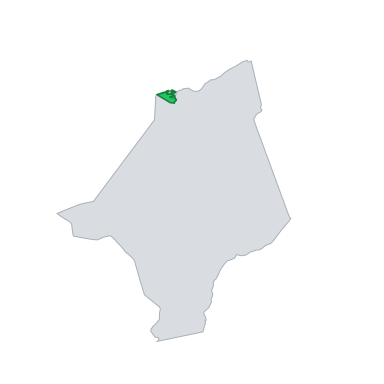 Lamu East, Coast, Kenya (highlighted), rotated 217°
{"feature_id": "3690345B14280875758697", "entity_name": "Lamu East", "entity_type": "district", "adm_level": 2, "iso_a3": "KEN", "parent_name": "Kenya", "parent_adm1": "Coast", "projection": "natural_earth1", "projection_center": [41.091, -1.907], "detail": "fine", "context": "in_parent", "style": "filled", "palette": "green", "viewbox_px": 384, "rotation_deg": 217, "n_neighbors": 0, "source": "geoboundaries", "source_scale": "gbopen_adm2", "svg_char_len": 6610}
<svg xmlns="http://www.w3.org/2000/svg" viewBox="0 0 384 384"><g transform="rotate(217 192 192)"><path d="M97.2,230.6L97.1,225.9L97.7,213.9L97.6,203.5L98.1,198.2L100.4,194.9L101.4,192.5L102.1,189.1L103.3,186.4L106.0,184.1L106.4,182.9L109.3,179.2L110.9,174.3L112.2,172.7L113.8,171.2L114.9,170.4L116.8,169.6L118.2,169.2L118.5,168.8L118.6,168.0L118.1,165.0L118.7,164.0L119.7,162.1L120.9,160.2L121.9,159.0L122.4,157.8L122.7,155.7L122.8,154.2L122.7,151.8L122.4,146.3L121.2,141.7L120.5,136.5L121.1,134.8L120.1,131.8L119.7,131.6L118.9,131.0L117.9,128.1L117.2,125.5L116.7,124.8L113.5,122.6L112.0,117.2L110.2,116.0L109.2,110.7L109.1,109.1L110.1,103.8L110.0,102.6L108.9,101.5L105.9,100.3L103.5,98.1L103.8,97.4L104.0,96.6L102.7,96.0L99.1,86.9L103.8,81.5L108.7,75.9L114.9,68.9L120.5,62.5L125.4,56.9L129.8,51.9L129.7,52.9L129.7,54.2L130.3,54.9L131.2,55.4L132.4,54.9L133.5,54.1L134.6,54.0L141.1,56.0L142.2,57.8L142.2,59.8L142.4,61.2L141.9,62.6L141.4,66.8L141.5,70.8L143.5,73.7L145.2,75.9L146.6,79.1L147.7,80.1L149.1,80.6L153.6,80.8L160.3,81.0L166.7,81.2L167.3,81.2L168.6,81.7L174.6,86.0L180.0,89.9L184.5,93.4L189.0,96.7L193.3,100.0L196.7,102.7L200.0,103.5L205.3,103.9L209.1,104.0L212.5,105.1L217.6,106.2L221.4,106.7L223.7,107.3L230.1,108.0L231.2,107.6L234.0,104.6L237.2,99.8L238.4,97.1L242.5,94.4L249.6,90.7L254.7,88.1L260.3,85.5L262.9,87.8L266.4,91.4L268.0,93.2L269.2,94.0L271.1,94.5L273.5,94.6L274.7,94.5L277.3,94.0L283.4,93.6L286.9,93.6L284.0,98.5L280.5,104.3L274.0,115.0L269.1,120.6L265.4,124.8L265.0,125.6L265.1,130.3L265.1,141.9L265.2,165.1L265.3,188.3L265.3,211.5L265.4,223.0L265.4,226.9L268.6,231.8L271.8,236.6L276.0,242.9L278.3,246.2L278.7,247.4L278.6,249.6L275.1,254.3L272.2,256.5L268.4,257.5L267.3,257.3L265.8,256.6L265.2,257.8L264.8,259.5L263.9,259.2L263.3,258.7L263.7,261.8L264.0,263.3L263.5,265.4L261.6,267.3L261.4,268.8L257.4,272.8L251.7,273.3L248.7,275.3L247.4,276.9L246.4,280.5L246.8,286.0L245.2,290.3L244.9,292.4L241.9,295.2L240.6,297.7L239.7,300.2L238.8,301.4L237.8,307.1L236.5,310.6L236.1,311.8L235.8,312.8L234.7,314.9L234.0,316.3L233.5,317.2L230.0,326.2L227.3,330.2L225.2,329.8L223.8,331.3L223.7,332.1L222.9,331.6L221.1,330.2L217.5,327.1L213.8,324.1L210.2,321.0L206.5,318.0L202.9,315.0L199.2,311.9L195.6,308.9L191.9,305.8L189.8,304.1L188.9,303.0L188.1,300.9L187.7,300.4L186.8,299.7L185.6,299.6L185.3,299.2L185.3,298.2L185.7,296.7L187.0,293.9L187.2,292.3L186.9,290.4L186.5,287.4L186.1,286.8L183.7,285.2L178.7,281.9L173.6,278.6L168.5,275.4L163.4,272.1L158.4,268.8L153.3,265.6L148.2,262.3L143.2,259.0L138.1,255.7L133.0,252.5L128.0,249.2L122.9,245.9L117.8,242.6L112.8,239.4L107.7,236.1L102.6,232.8L100.7,231.6L99.0,230.6L97.2,230.6ZM265.8,262.4L264.9,262.6L265.3,261.0L267.9,259.0L269.0,259.5L269.2,259.9L269.1,260.3L268.7,260.8L265.8,262.4Z" fill="#d9dde1" stroke="#a8b0b8" stroke-width="1"/><path d="M259.6,252.4L259.7,252.5L259.8,252.9L259.9,253.0L260.0,253.2L260.1,253.3L260.2,253.5L260.0,253.8L260.0,254.0L260.0,254.4L259.9,254.6L260.0,254.8L260.1,255.1L260.0,255.3L259.8,255.4L259.8,255.5L259.8,255.9L259.8,256.0L260.0,256.2L260.2,256.4L260.3,256.4L260.6,256.4L260.7,256.5L261.0,256.5L261.3,256.7L261.5,256.8L261.8,256.9L262.0,256.9L262.0,256.6L261.9,256.4L262.0,256.4L262.0,256.5L262.2,256.8L262.3,257.0L262.2,257.1L262.3,257.2L262.5,257.2L262.6,256.9L262.7,257.0L262.8,257.2L262.7,257.4L262.8,257.7L262.9,257.8L263.2,257.7L263.3,257.6L263.5,257.7L263.6,257.8L263.8,258.0L264.0,258.2L264.0,258.3L264.2,258.2L264.3,258.1L264.6,258.0L264.7,257.9L264.9,257.6L264.8,257.4L264.8,257.2L265.0,257.0L264.9,256.9L264.8,256.6L264.7,256.4L264.8,256.4L264.9,256.2L265.1,256.0L265.1,255.9L265.2,256.0L265.3,256.0L265.4,255.8L265.3,255.7L265.2,255.6L265.3,255.6L265.5,255.5L265.6,255.4L265.6,255.2L265.8,255.2L266.0,255.1L266.2,254.9L266.4,254.7L266.5,254.4L266.7,254.5L266.8,254.6L266.7,255.0L266.2,255.3L265.9,255.5L265.6,255.9L265.6,256.1L265.3,256.4L265.3,256.5L265.2,256.6L265.4,256.9L265.4,257.0L265.4,257.5L265.2,257.8L265.3,258.0L265.6,258.3L265.5,258.5L265.6,258.8L265.7,259.0L266.1,258.9L266.1,259.0L266.1,259.3L266.4,259.2L266.6,259.2L266.8,258.9L266.9,258.7L267.0,258.4L267.1,258.2L267.3,258.2L267.2,258.0L267.2,257.9L267.1,257.6L267.5,257.3L267.7,257.2L267.8,257.1L268.0,257.1L268.3,257.2L268.5,257.0L268.6,256.9L268.8,256.8L268.9,256.7L269.0,256.7L269.4,256.3L269.3,256.2L269.5,256.1L269.6,255.9L269.9,255.7L270.0,255.5L270.2,255.3L270.4,255.2L270.6,255.1L270.8,255.2L270.7,255.3L270.7,255.5L270.8,255.3L271.0,255.3L271.0,255.6L271.2,255.8L271.2,255.7L271.3,255.6L271.4,255.9L271.4,256.0L271.2,256.2L271.2,256.3L271.1,256.5L271.3,256.7L271.4,256.4L271.5,256.3L271.5,256.2L271.7,256.3L271.9,256.4L272.0,256.3L272.1,256.5L271.9,256.6L272.0,256.8L272.1,256.7L272.1,256.8L271.9,257.0L272.0,257.2L272.0,257.5L272.1,257.4L272.4,257.2L272.5,256.9L272.8,256.8L272.8,256.6L273.0,256.5L273.1,256.4L273.3,255.9L273.5,255.6L273.8,255.2L274.3,254.7L274.5,254.5L274.6,254.4L274.4,254.4L274.2,254.2L274.3,254.1L274.4,254.3L274.5,254.3L274.7,254.0L274.7,253.9L275.2,253.3L275.2,253.1L275.4,253.0L275.3,252.8L275.4,252.7L275.5,252.5L275.7,252.4L276.5,251.4L276.6,251.2L276.9,251.0L277.1,250.5L277.4,250.2L277.6,249.8L278.4,249.0L278.5,248.7L278.0,248.7L263.3,250.2L259.7,252.2L259.6,252.4ZM268.3,259.5L268.3,259.4L268.2,259.5L267.9,259.5L267.9,259.4L267.9,259.5L267.7,259.7L267.8,259.9L267.8,260.1L267.7,260.1L267.3,260.3L267.4,260.5L267.0,260.4L266.8,260.5L266.6,260.6L266.3,260.8L266.2,260.7L266.0,260.8L266.0,261.2L265.8,261.1L265.7,260.8L265.3,260.9L265.2,261.0L265.5,261.3L265.5,261.5L265.7,261.8L265.8,261.8L266.1,261.9L266.2,261.7L266.4,261.4L266.5,261.3L266.6,261.1L266.8,261.1L267.1,261.1L267.2,261.4L267.1,261.7L267.2,261.8L267.4,261.6L267.7,261.6L267.6,261.4L267.8,261.3L267.7,261.3L267.7,261.2L267.8,261.2L267.9,261.3L267.9,261.6L268.0,261.7L268.0,261.8L268.5,261.8L268.6,261.7L268.4,261.4L268.5,261.1L268.4,261.1L268.3,260.9L268.2,260.9L268.1,260.7L268.4,260.4L268.5,260.3L268.6,260.2L269.0,260.3L269.2,260.6L269.3,260.7L269.5,260.6L269.8,260.2L269.7,260.0L269.4,259.9L269.2,259.8L269.2,260.0L268.7,259.6L268.3,259.5ZM272.0,258.8L272.2,258.4L272.5,258.1L272.7,257.8L272.8,257.6L273.0,257.4L272.9,257.3L272.7,257.6L272.4,258.0L272.1,258.4L272.1,258.5L271.9,258.8L272.0,258.8ZM269.0,260.6L268.9,260.8L268.9,261.0L269.0,261.1L269.5,261.2L269.5,260.9L269.4,260.9L269.2,260.9L269.0,260.6ZM265.4,262.2L265.6,262.1L265.6,261.9L265.4,262.0L265.4,262.2ZM271.0,258.3L270.8,258.2L270.7,258.3L271.0,258.4L271.0,258.3ZM266.5,261.9L266.4,261.8L266.5,262.0L266.5,261.9ZM268.6,259.5L268.5,259.4L268.5,259.5L268.6,259.5ZM268.3,259.5L268.4,259.4L268.3,259.5Z" fill="#22c55e" stroke="#15803d" stroke-width="1.5"/></g></svg>